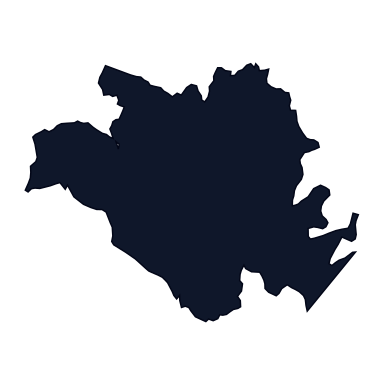 the district of Rio Branco do Ivaí, Paraná, Brazil, rotated 181°
{"feature_id": "56859067B77657605761847", "entity_name": "Rio Branco do Ivaí", "entity_type": "district", "adm_level": 2, "iso_a3": "BRA", "parent_name": "Brazil", "parent_adm1": "Paraná", "projection": "equal_earth", "projection_center": [-51.343, -24.343], "detail": "fine", "context": "isolated", "style": "filled", "palette": "ink", "viewbox_px": 384, "rotation_deg": 181, "n_neighbors": 0, "source": "geoboundaries", "source_scale": "gbopen_adm2", "svg_char_len": 3204}
<svg xmlns="http://www.w3.org/2000/svg" viewBox="0 0 384 384"><g transform="rotate(181 192 192)"><path d="M89.8,275.4L94.9,275.4L96.2,279.9L94.9,285.5L96.1,289.1L97.0,292.8L100.9,293.2L105.2,296.7L109.7,296.5L114.8,298.6L119.0,302.1L119.6,306.6L118.5,310.8L117.5,316.2L121.5,315.0L126.8,314.5L127.7,318.3L130.5,321.3L131.8,317.5L135.5,321.3L139.5,319.7L143.6,315.2L147.8,313.6L151.3,309.3L155.6,309.0L155.2,313.2L160.9,313.9L164.7,316.7L168.5,316.7L170.7,312.1L172.4,308.0L172.1,303.6L174.2,300.8L176.6,297.5L176.2,293.2L177.6,287.2L180.9,282.3L183.9,284.2L184.4,288.3L187.7,293.1L189.3,298.2L194.6,299.5L199.2,296.3L201.6,292.8L204.4,288.7L208.6,290.5L213.3,286.8L217.9,290.2L222.0,292.4L225.1,295.7L231.3,296.9L235.8,298.0L237.9,301.2L241.9,303.1L245.2,306.0L249.7,306.4L255.6,308.0L280.7,316.8L283.8,309.5L286.1,305.1L287.4,299.3L283.2,293.0L281.9,287.3L276.3,288.1L273.0,286.2L268.8,287.5L266.8,282.4L268.1,278.7L265.4,277.2L261.2,275.9L262.5,272.2L264.5,267.3L266.2,263.4L269.3,263.0L272.3,260.9L273.4,257.0L275.2,253.6L273.4,249.1L271.8,244.1L275.5,245.6L278.5,248.0L282.7,249.1L288.7,252.7L292.2,255.1L297.2,259.3L301.5,258.7L304.8,259.5L307.6,260.9L310.8,259.1L318.6,258.5L323.8,258.0L327.9,255.9L331.5,252.1L336.0,249.7L340.4,251.8L343.6,249.7L349.5,246.7L352.1,244.1L349.8,237.2L348.5,230.3L347.3,223.9L348.7,219.6L353.9,214.9L353.5,208.7L353.9,203.1L355.8,197.7L358.7,190.9L355.9,189.2L352.6,192.5L349.1,193.2L344.3,192.9L333.7,195.8L328.2,197.9L324.2,199.1L318.8,192.5L316.6,196.7L310.0,185.1L300.3,177.8L292.8,174.7L287.0,172.9L281.6,172.9L277.5,170.4L273.2,159.9L271.1,155.4L270.4,146.7L271.4,141.1L269.3,137.8L257.4,130.7L247.5,124.1L242.8,120.0L237.0,114.9L233.9,112.3L231.0,111.0L224.6,108.4L220.3,106.3L217.5,103.7L214.8,100.9L210.0,92.1L208.3,88.2L205.5,84.8L202.6,88.4L202.3,83.2L200.5,76.4L196.7,77.7L193.1,76.4L191.1,73.2L186.4,67.3L182.1,65.4L175.9,62.7L173.2,65.3L168.6,63.7L164.0,65.8L162.1,69.7L159.0,69.4L155.4,70.2L152.1,72.8L148.6,75.3L144.1,76.4L141.4,78.1L141.8,84.3L144.7,88.4L140.8,93.8L139.9,101.1L142.8,104.3L142.5,110.4L141.4,114.5L138.8,119.8L137.0,116.4L131.1,113.3L122.9,113.0L120.6,109.3L118.6,105.2L117.5,101.5L117.3,96.8L113.6,93.1L109.3,91.2L106.0,89.7L103.3,92.1L100.6,97.0L95.2,100.9L90.7,98.1L87.0,96.4L83.0,94.2L78.7,90.4L76.8,86.5L76.0,80.5L74.7,74.9L27.5,134.8L30.4,134.5L37.9,128.6L43.7,126.4L47.4,123.8L50.8,120.9L53.8,122.7L52.7,127.8L48.1,137.0L45.0,142.2L41.4,149.6L31.6,145.5L28.0,147.9L27.1,152.2L28.2,162.1L27.5,166.2L25.3,172.2L30.6,173.6L33.1,162.9L35.3,158.5L41.3,157.4L47.4,155.9L54.6,153.1L60.1,150.7L68.9,147.9L72.8,147.0L75.0,149.6L75.3,157.6L69.7,159.3L65.7,158.8L60.7,157.6L57.5,159.6L55.6,163.6L57.4,166.8L61.4,170.4L63.0,175.2L62.4,180.3L60.1,185.2L56.7,188.8L54.2,191.4L55.0,196.5L58.5,198.8L63.6,201.0L70.4,197.5L75.8,189.2L82.5,184.8L85.5,181.8L88.5,180.6L91.5,179.9L91.4,185.8L90.2,189.8L89.6,195.2L87.7,200.1L82.9,206.5L81.4,211.5L82.4,218.4L84.2,222.2L84.8,226.2L80.3,233.4L75.8,234.4L73.1,235.8L70.2,236.8L65.6,239.0L66.9,243.7L71.1,246.2L74.8,246.4L78.4,247.7L82.4,252.9L86.4,259.4L88.3,264.5L88.8,269.5L89.8,275.4ZM268.9,241.1L265.6,238.5L266.4,233.6L268.9,241.1Z" fill="#0f172a" stroke="#020617" stroke-width="1.5"/></g></svg>